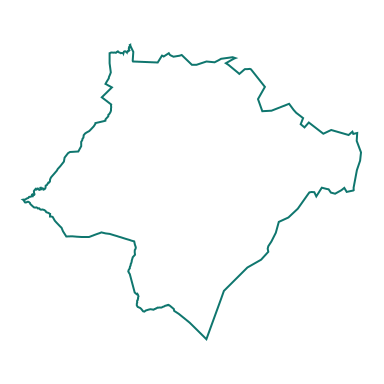 Totontepec Villa de Morelos, Oaxaca, Mexico
{"feature_id": "50627088B98422616932884", "entity_name": "Totontepec Villa de Morelos", "entity_type": "district", "adm_level": 2, "iso_a3": "MEX", "parent_name": "Mexico", "parent_adm1": "Oaxaca", "projection": "natural_earth1", "projection_center": [-96.062, 17.236], "detail": "fine", "context": "isolated", "style": "outline", "palette": "teal", "viewbox_px": 384, "rotation_deg": 0, "n_neighbors": 0, "source": "geoboundaries", "source_scale": "gbopen_adm2", "svg_char_len": 4492}
<svg xmlns="http://www.w3.org/2000/svg" viewBox="0 0 384 384"><path d="M235.3,58.1L232.6,57.2L221.1,58.8L218.7,60.2L214.6,62.3L206.5,61.5L196.5,64.8L194.9,64.8L191.9,64.8L181.7,55.0L179.6,55.7L173.5,56.7L170.9,55.5L169.8,54.8L168.8,53.2L163.7,56.5L162.6,55.8L162.0,55.6L157.7,62.5L133.0,61.5L132.8,61.2L132.7,60.7L133.3,51.9L131.8,48.8L130.8,46.7L130.2,45.1L130.2,44.8L129.8,45.0L130.0,45.7L130.3,47.0L129.9,46.8L129.6,47.4L129.1,47.2L128.8,48.3L129.0,49.6L128.9,49.8L129.2,50.1L128.4,50.6L128.8,50.9L127.5,51.9L126.7,52.2L126.7,52.4L125.6,51.4L125.3,51.3L124.6,51.3L123.9,51.7L123.4,53.4L123.2,52.9L122.6,53.1L121.6,53.0L120.7,53.2L120.0,52.7L118.9,52.3L118.1,51.9L118.0,51.6L117.5,51.8L117.4,51.6L116.6,52.1L116.1,52.5L115.9,52.8L114.7,52.6L114.2,52.5L113.4,52.7L112.9,52.6L112.5,52.6L111.8,52.5L111.1,52.5L110.5,52.9L109.6,53.2L109.6,63.3L110.8,72.4L110.1,74.4L108.9,77.2L108.8,78.3L106.7,81.7L105.5,83.9L111.9,87.4L101.8,97.3L111.2,104.5L111.0,105.5L111.2,107.1L111.0,108.6L111.0,110.0L111.0,110.5L110.5,112.0L109.4,113.9L108.4,114.7L108.3,115.3L108.4,116.0L107.7,117.0L106.8,117.9L105.5,119.4L105.4,120.7L103.6,121.2L95.4,123.1L95.3,123.9L94.5,125.2L93.7,126.4L92.1,128.1L90.5,129.8L89.2,131.1L86.6,132.5L85.1,133.5L83.7,135.2L83.4,137.6L82.5,138.8L82.2,140.3L81.2,141.8L81.2,146.2L78.3,151.5L70.0,152.0L68.1,153.1L64.6,157.6L63.9,161.6L60.2,166.3L57.8,168.9L56.8,170.7L51.5,176.8L50.9,177.6L50.1,179.4L49.9,181.5L49.3,182.3L48.8,182.3L48.3,182.6L48.4,183.1L47.5,183.9L46.9,185.0L45.7,185.6L45.5,187.9L44.6,189.2L43.5,189.6L43.2,188.6L42.5,188.3L41.6,189.0L40.9,187.7L40.4,187.8L40.5,188.7L40.2,189.5L39.7,189.9L39.2,189.9L37.9,188.5L37.5,188.5L37.4,188.9L36.5,189.6L36.2,189.6L35.7,188.9L34.8,189.8L33.9,191.1L34.0,192.7L34.5,194.2L34.2,194.9L33.6,195.1L32.4,194.3L31.9,194.8L31.9,195.4L32.4,196.3L31.0,196.5L30.3,196.8L29.8,196.8L29.1,196.9L28.4,197.9L26.5,198.6L25.3,199.6L23.5,199.6L23.0,199.7L23.8,200.3L24.3,201.4L25.0,202.4L25.9,202.5L26.9,202.1L28.0,201.7L29.1,202.2L30.0,203.0L30.2,203.8L30.8,204.5L32.5,206.1L34.0,207.4L34.7,207.5L35.2,207.6L36.4,207.4L37.7,208.0L37.8,208.4L38.3,208.4L38.9,208.5L39.3,208.4L40.0,209.3L41.0,209.7L42.5,209.5L44.2,210.0L45.5,210.9L46.3,212.2L48.7,213.0L49.5,213.7L50.1,213.9L50.0,216.5L51.5,216.5L52.7,217.0L53.9,219.1L54.8,220.7L56.3,222.4L60.3,226.6L61.5,227.7L63.0,231.3L66.3,236.5L68.9,236.4L72.2,236.3L76.8,236.7L81.7,237.0L84.5,237.0L87.2,237.0L89.0,237.0L89.8,236.7L90.7,236.4L91.9,235.9L93.1,235.5L93.5,235.3L95.1,234.7L97.6,233.8L99.7,233.1L101.4,232.4L103.5,232.9L105.6,233.4L107.3,233.6L109.7,233.9L113.9,235.2L117.0,236.1L118.8,236.7L120.9,237.3L124.0,238.3L125.9,238.9L129.7,240.0L131.0,240.5L134.2,241.4L134.9,244.6L135.8,247.3L135.6,248.7L134.8,250.1L134.7,252.2L134.8,253.0L135.0,254.7L132.7,257.3L132.5,258.2L131.7,260.8L131.7,261.6L131.1,263.5L130.7,264.1L130.7,264.8L130.5,265.8L130.0,266.5L129.9,267.2L129.7,267.9L129.8,268.4L129.3,269.0L128.7,269.9L128.4,271.0L128.3,271.5L128.7,272.0L128.7,272.4L129.8,274.1L134.7,292.5L136.8,294.3L137.2,294.1L137.4,293.9L138.0,294.9L138.5,296.4L138.1,297.3L138.1,297.9L138.0,298.2L138.1,298.7L137.8,299.3L137.7,300.1L137.3,300.4L137.1,301.0L137.2,302.7L136.9,303.2L136.8,304.4L136.8,305.4L137.7,306.9L140.2,308.0L141.3,309.0L142.7,310.8L143.1,311.3L144.4,311.6L145.8,310.5L148.7,309.6L150.4,309.2L152.5,309.5L152.9,309.5L153.2,309.7L153.4,309.6L153.8,309.6L154.6,309.0L155.7,308.8L156.1,308.3L157.0,308.0L157.5,307.6L158.5,307.7L159.2,307.5L161.2,307.6L162.5,307.1L162.9,306.8L164.0,306.5L164.8,306.0L165.1,305.9L165.3,305.7L166.0,305.6L166.6,305.5L167.0,305.2L167.5,305.0L168.0,305.3L168.6,304.9L170.1,305.9L173.8,309.0L174.2,310.9L178.7,313.8L181.2,315.8L189.7,322.7L206.4,339.2L221.1,298.8L223.9,290.9L247.4,267.5L261.1,259.7L268.3,251.8L267.7,248.7L268.3,246.2L271.4,241.5L275.8,232.8L278.8,221.9L288.4,217.5L297.8,208.7L308.4,193.7L309.4,192.4L311.6,192.0L314.3,192.2L316.3,196.4L321.8,187.7L326.9,189.0L328.6,189.3L330.9,192.6L335.1,193.7L341.4,190.2L344.3,187.9L346.7,191.9L353.3,190.5L353.7,190.2L353.6,187.7L356.9,170.1L360.1,160.7L361.0,152.4L356.7,140.9L357.2,133.0L353.3,133.9L352.4,131.7L348.6,135.0L331.2,130.0L323.8,133.5L323.3,133.7L308.8,122.5L304.5,127.4L300.7,124.2L303.1,118.1L296.2,112.8L293.6,109.9L289.1,103.8L271.5,110.7L262.3,111.2L258.0,99.1L264.9,86.9L252.0,70.6L250.8,69.2L249.8,68.9L247.5,69.1L245.0,69.1L244.4,69.5L240.4,73.0L239.3,73.9L238.1,72.8L228.5,64.9L225.9,63.2L231.5,60.0L234.5,58.4L235.3,58.1Z" fill="none" stroke="#0f766e" stroke-width="2"/></svg>